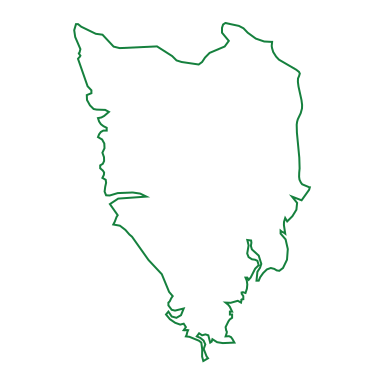 outline of Istarska
{"feature_id": "HRV-1592", "entity_name": "Istarska", "entity_type": "County", "adm_level": 1, "iso_a3": "HRV", "parent_name": "Croatia", "parent_adm1": "", "projection": "mercator", "projection_center": [13.894, 45.143], "detail": "fine", "context": "isolated", "style": "outline", "palette": "green", "viewbox_px": 384, "rotation_deg": 0, "n_neighbors": 0, "source": "natural_earth", "source_scale": "10m", "svg_char_len": 3164}
<svg xmlns="http://www.w3.org/2000/svg" viewBox="0 0 384 384"><path d="M119.6,48.1L125.1,47.9L157.0,46.4L172.2,56.1L176.5,60.4L181.6,62.0L198.7,64.5L202.1,62.0L205.0,57.6L209.6,52.9L224.7,46.5L228.8,40.9L222.0,32.7L222.0,27.8L223.1,24.5L225.4,23.0L230.4,24.1L238.9,25.9L243.5,28.3L247.7,32.7L255.8,38.6L264.2,41.5L271.9,41.9L272.1,41.9L271.7,46.0L272.1,48.3L273.2,52.0L276.1,56.6L279.0,59.7L296.2,69.7L299.0,71.9L299.8,73.6L299.0,76.2L298.0,78.5L297.9,81.9L298.5,86.5L301.5,100.2L302.1,104.9L302.0,108.4L300.7,113.2L297.8,119.3L297.1,121.8L296.7,124.7L296.9,132.5L299.3,157.8L299.6,168.5L299.2,172.8L299.1,176.8L299.5,179.7L300.9,182.6L302.2,184.3L309.6,187.4L309.8,187.4L309.6,188.1L309.1,189.8L301.6,200.3L292.0,196.6L297.1,202.9L296.4,209.7L292.4,216.2L287.2,221.4L285.2,218.0L284.0,221.9L283.9,225.0L285.2,233.6L284.0,232.7L281.8,231.7L280.6,230.7L280.6,233.6L285.6,239.4L287.8,249.1L287.0,259.7L283.0,268.0L279.3,270.8L276.7,270.4L274.3,268.9L270.8,268.0L266.9,269.4L263.2,273.0L260.2,277.2L258.7,280.7L256.5,280.7L257.4,271.8L260.0,267.8L261.3,263.9L258.7,255.6L251.9,249.4L250.9,245.9L251.4,242.7L251.1,240.5L247.3,240.0L248.6,245.4L247.2,253.5L248.6,257.1L252.0,259.3L255.0,259.7L257.4,260.8L258.7,265.2L255.2,268.6L250.7,277.5L248.7,279.8L247.3,277.6L245.5,277.6L246.8,280.7L247.3,284.5L246.9,288.7L245.5,293.0L242.9,292.2L241.6,292.5L241.7,293.8L243.3,296.1L243.3,299.2L241.7,299.4L241.3,299.8L241.4,300.8L241.0,302.6L237.8,300.8L230.7,302.8L225.6,302.6L228.2,304.7L229.8,306.7L232.1,311.6L229.9,311.6L229.9,314.5L232.1,314.5L232.1,317.8L229.8,319.4L228.4,321.4L225.6,327.1L226.2,330.5L226.8,331.5L226.8,332.7L225.6,336.4L229.0,336.2L231.0,337.1L232.5,339.2L234.4,342.6L222.8,343.1L217.1,342.2L212.4,339.2L211.8,341.1L211.7,341.6L210.2,342.6L208.3,335.3L205.4,334.4L202.1,335.3L199.1,333.3L196.8,336.4L200.3,337.9L203.6,340.6L205.3,344.4L203.7,349.0L206.6,356.4L208.0,358.3L203.3,361.0L202.1,356.6L202.2,349.2L201.3,342.6L198.9,340.7L189.4,336.8L185.9,336.4L186.6,334.9L187.4,331.7L188.1,330.2L187.1,330.0L184.8,330.3L183.7,330.2L185.9,327.1L183.7,323.7L180.2,324.6L175.2,322.8L169.9,319.2L166.0,314.5L168.4,311.6L171.7,316.5L176.4,317.8L181.0,315.2L183.7,308.5L175.0,310.6L171.7,309.8L168.4,305.4L168.4,302.6L169.7,301.4L171.2,298.3L172.7,296.1L169.1,291.9L161.8,274.2L148.5,260.0L132.0,236.7L129.4,234.5L125.4,229.9L119.9,225.7L113.3,224.5L114.8,221.6L116.5,217.1L117.7,215.2L109.9,204.1L118.2,198.6L146.4,196.6L140.2,193.6L132.7,192.5L117.7,193.1L109.7,195.5L106.1,195.3L104.6,191.6L105.2,186.8L106.1,182.8L105.7,179.8L102.4,177.9L103.9,174.8L104.1,172.5L102.8,170.5L100.2,168.3L100.2,165.4L102.8,163.8L104.1,161.0L104.0,157.2L102.4,152.7L104.5,148.2L104.3,143.5L102.1,139.5L98.0,137.1L99.1,134.3L100.8,132.0L103.3,130.6L106.7,130.6L106.7,127.8L103.5,126.2L100.9,124.2L99.1,121.5L98.0,118.1L101.3,117.5L104.1,116.0L108.9,111.9L105.2,109.9L96.6,109.6L93.6,109.0L90.0,105.4L87.0,100.0L86.8,95.1L91.4,93.2L91.4,90.3L87.6,86.3L78.0,58.8L78.7,57.9L79.7,56.9L80.4,55.7L78.9,53.6L78.8,53.3L79.5,52.6L80.4,49.1L75.2,37.0L74.2,30.2L76.0,24.1L78.0,24.1L81.2,26.7L95.8,33.8L102.5,34.7L113.6,46.6L119.6,48.1Z" fill="none" stroke="#15803d" stroke-width="2"/></svg>